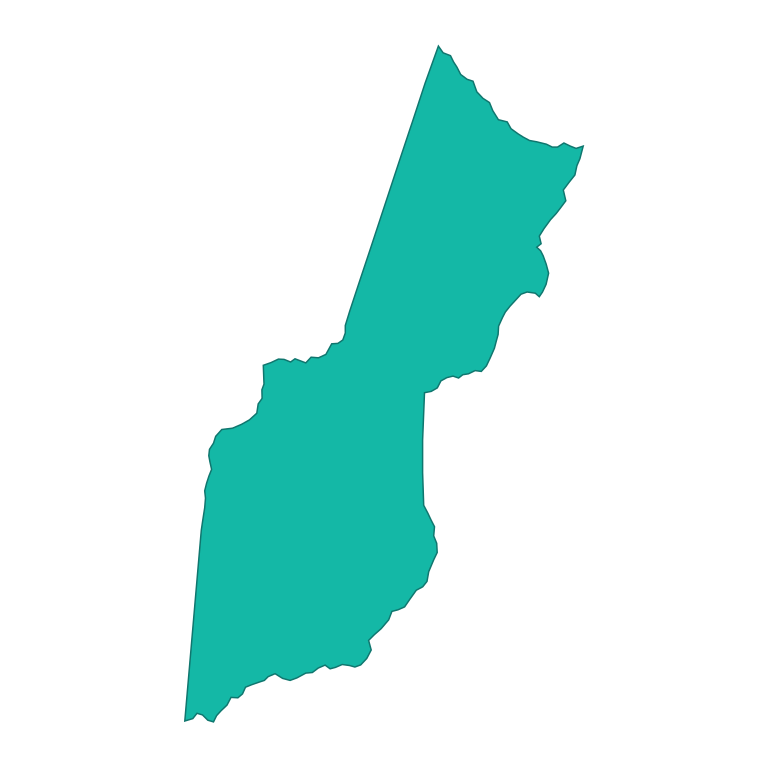 the district of Álvares Machado, São Paulo, Brazil
{"feature_id": "56859067B93590502051313", "entity_name": "Álvares Machado", "entity_type": "district", "adm_level": 2, "iso_a3": "BRA", "parent_name": "Brazil", "parent_adm1": "São Paulo", "projection": "robinson", "projection_center": [-51.501, -22.119], "detail": "fine", "context": "isolated", "style": "filled", "palette": "teal", "viewbox_px": 768, "rotation_deg": 0, "n_neighbors": 0, "source": "geoboundaries", "source_scale": "gbopen_adm2", "svg_char_len": 2184}
<svg xmlns="http://www.w3.org/2000/svg" viewBox="0 0 768 768"><path d="M450.5,55.7L443.1,52.8L438.4,46.1L425.1,83.2L412.4,121.9L409.4,130.8L398.3,164.2L370.9,247.3L358.9,283.3L349.7,311.2L345.3,325.5L345.3,333.0L342.8,340.0L337.9,343.4L331.7,343.8L325.9,354.4L318.5,357.8L311.1,357.2L305.8,362.9L295.0,358.8L290.6,362.0L284.1,359.4L278.4,359.1L271.0,362.6L263.3,365.3L264.0,384.1L261.9,389.8L262.1,398.4L258.2,403.9L256.8,413.2L249.4,419.9L241.4,424.4L232.5,428.2L221.8,429.5L215.7,436.3L213.5,443.2L209.5,449.3L208.8,455.7L209.9,461.7L211.6,469.4L209.0,475.9L206.6,483.2L204.7,490.8L205.5,498.2L204.7,507.8L202.8,520.0L201.3,530.2L184.8,721.0L192.8,718.6L197.0,713.3L202.5,714.9L207.8,720.2L213.5,721.9L216.6,715.6L221.0,710.8L227.0,705.1L231.0,697.4L237.9,697.8L242.5,693.9L245.5,687.2L251.7,684.7L258.6,682.3L264.4,680.4L268.2,676.6L275.1,673.7L282.6,678.4L290.1,680.4L296.9,677.9L305.8,673.1L312.4,672.5L318.3,668.0L325.1,665.1L330.1,668.8L335.4,667.4L342.2,664.5L349.5,665.5L354.9,667.0L360.7,664.9L366.8,658.4L371.2,650.0L368.6,640.4L374.3,634.7L381.2,628.6L388.7,619.8L391.9,611.4L398.0,609.8L404.6,606.9L410.0,599.0L416.3,590.2L422.7,586.8L427.0,581.4L428.7,571.7L433.7,559.8L437.2,552.5L436.7,543.3L433.7,535.9L434.5,526.7L431.0,519.9L427.9,513.3L423.7,505.3L422.6,472.6L422.6,458.3L422.6,450.6L422.6,440.2L424.5,392.7L431.2,391.4L437.3,387.9L440.9,380.9L446.9,377.6L453.0,376.1L458.6,378.0L462.8,374.7L468.5,373.8L475.1,370.6L481.3,371.4L486.4,365.9L490.1,358.1L494.4,348.3L496.3,341.0L498.1,334.5L498.6,326.1L502.5,317.5L505.3,312.1L509.9,306.3L515.7,300.0L521.0,294.2L527.1,292.0L535.3,293.2L539.3,296.7L542.5,292.0L546.1,284.3L548.6,273.2L546.2,264.2L543.2,255.9L540.6,250.8L536.7,247.2L541.1,243.7L539.3,236.1L544.0,228.6L550.5,219.7L556.1,213.6L560.5,207.9L565.8,200.8L563.3,190.0L569.0,182.4L574.9,175.0L576.9,165.7L579.9,158.7L583.2,146.1L576.1,148.4L570.5,146.2L563.9,143.0L557.5,147.1L552.3,147.1L546.4,144.2L536.7,141.8L529.5,140.5L523.2,137.1L518.0,133.8L511.0,128.7L507.2,121.9L498.4,119.7L492.8,110.7L489.5,102.6L482.9,98.3L476.8,91.8L473.0,81.2L467.1,79.3L460.7,74.5L456.9,67.1L453.6,62.0L450.5,55.7Z" fill="#14b8a6" stroke="#0f766e" stroke-width="1.5"/></svg>